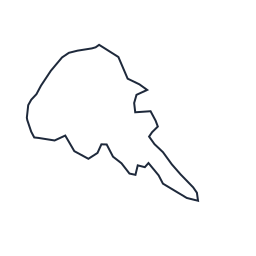 the district of Koshkupir, Khorezm, Uzbekistan, rotated 31°
{"feature_id": "79887680B63967245583955", "entity_name": "Koshkupir", "entity_type": "district", "adm_level": 2, "iso_a3": "UZB", "parent_name": "Uzbekistan", "parent_adm1": "Khorezm", "projection": "equal_earth", "projection_center": [60.29, 41.488], "detail": "fine", "context": "isolated", "style": "outline", "palette": "slate", "viewbox_px": 256, "rotation_deg": 31, "n_neighbors": 0, "source": "geoboundaries", "source_scale": "gbopen_adm2", "svg_char_len": 804}
<svg xmlns="http://www.w3.org/2000/svg" viewBox="0 0 256 256"><g transform="rotate(31 128 128)"><path d="M225.5,154.3L220.4,148.0L214.4,145.3L197.0,140.7L184.3,136.6L170.4,130.7L159.0,128.2L150.5,124.5L150.8,119.2L152.8,111.4L147.9,107.5L138.7,102.0L126.1,110.8L120.4,103.4L118.2,95.2L124.8,85.5L115.3,84.7L102.3,85.9L83.2,72.1L66.0,71.7L60.4,71.6L58.7,75.5L56.0,78.4L44.9,87.7L38.6,94.0L35.1,101.5L32.4,118.6L31.6,136.5L32.1,146.2L30.5,153.5L30.7,159.8L36.0,171.3L37.6,173.1L46.9,181.0L52.5,184.4L56.4,182.6L66.3,178.6L71.5,176.5L78.1,166.8L93.9,175.5L109.9,174.8L114.7,165.1L113.6,155.7L118.2,153.1L129.9,160.3L140.6,161.6L152.7,166.3L158.5,164.3L155.6,155.0L162.6,152.9L163.6,147.5L178.6,152.8L186.6,157.7L200.2,157.7L214.4,157.7L225.5,154.3Z" fill="none" stroke="#1e293b" stroke-width="2"/></g></svg>